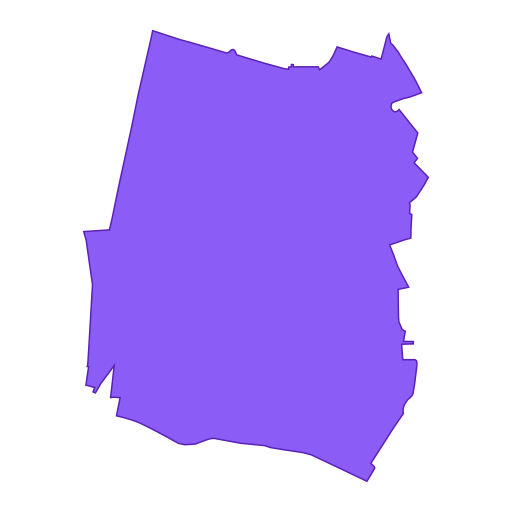 the district of Sayyida Zainab, Al Qahirah, Egypt
{"feature_id": "37247803B41278628102289", "entity_name": "Sayyida Zainab", "entity_type": "district", "adm_level": 2, "iso_a3": "EGY", "parent_name": "Egypt", "parent_adm1": "Al Qahirah", "projection": "equal_earth", "projection_center": [31.246, 30.03], "detail": "fine", "context": "isolated", "style": "filled", "palette": "violet", "viewbox_px": 512, "rotation_deg": 0, "n_neighbors": 0, "source": "geoboundaries", "source_scale": "gbopen_adm2", "svg_char_len": 2349}
<svg xmlns="http://www.w3.org/2000/svg" viewBox="0 0 512 512"><path d="M152.7,30.7L150.8,39.6L147.6,53.5L138.2,94.6L131.7,126.7L118.3,188.2L112.3,217.5L109.4,229.9L84.7,231.5L84.2,231.5L83.7,231.6L86.2,240.2L87.3,248.3L92.5,284.7L88.7,349.5L87.8,363.9L87.2,366.5L87.9,366.6L88.2,366.6L88.6,366.7L85.9,385.2L94.8,387.5L93.9,389.6L93.0,391.9L95.4,392.9L100.7,383.7L114.2,365.5L110.6,397.6L111.9,397.4L113.2,397.2L120.1,397.6L116.5,415.8L125.2,418.0L130.8,419.7L135.6,421.3L141.1,423.6L147.2,426.6L156.3,431.3L157.6,432.0L158.9,432.7L168.2,437.7L178.3,443.3L184.7,444.7L195.2,444.1L207.0,439.7L211.1,438.5L212.6,438.5L214.2,438.4L240.9,443.3L264.7,445.6L267.9,446.7L270.4,447.5L273.1,448.0L282.9,449.6L302.4,452.5L311.2,454.8L311.9,455.1L312.5,455.4L317.5,457.8L332.6,464.9L366.9,481.3L372.8,471.5L374.7,468.3L374.6,467.6L374.5,466.9L370.8,463.4L394.1,427.0L403.4,413.5L403.0,411.1L403.1,410.3L403.2,408.4L404.0,405.8L405.3,403.2L407.2,400.4L408.2,399.2L408.8,398.7L409.8,398.0L411.9,395.8L412.5,394.6L413.1,393.4L414.7,383.3L416.8,366.2L416.9,362.2L416.3,360.6L415.0,359.7L402.8,359.7L401.6,344.3L402.6,344.2L413.3,343.9L413.3,341.5L403.5,341.4L405.3,331.2L403.7,330.4L402.2,329.6L398.9,321.9L398.7,319.3L398.5,316.8L398.1,289.4L408.7,287.2L406.3,282.7L402.0,274.7L397.3,265.5L394.0,255.9L389.7,244.9L404.0,240.0L410.8,238.1L411.1,227.1L411.8,214.5L410.7,214.0L409.6,213.4L410.0,206.4L410.1,205.3L409.8,203.9L409.5,202.5L412.8,200.0L416.5,196.7L424.0,185.2L428.3,177.3L414.1,162.8L417.5,158.3L412.5,152.2L417.8,133.0L399.0,109.5L397.9,110.8L397.5,111.0L396.8,111.5L395.8,111.8L394.2,111.7L393.2,111.0L391.9,109.7L391.3,108.3L391.0,106.8L391.2,105.1L391.7,103.5L393.0,102.4L394.7,101.7L397.3,100.8L403.3,98.6L409.7,97.1L421.6,92.7L417.0,83.4L414.0,77.8L409.5,70.3L406.0,64.3L401.3,57.2L398.2,52.0L393.3,45.6L392.5,44.8L392.2,44.5L390.7,43.1L389.9,39.3L388.8,33.8L388.0,35.0L386.9,36.8L381.1,59.1L371.8,56.0L371.6,56.5L371.4,57.1L351.4,51.4L337.1,46.9L333.2,55.6L328.9,62.4L319.6,69.8L318.9,68.3L318.3,66.8L298.9,66.8L293.5,66.9L293.4,65.9L293.3,64.6L291.5,64.5L291.2,66.3L291.1,67.1L289.7,67.1L288.7,67.1L288.7,67.6L288.6,69.3L286.1,68.9L284.0,68.6L263.3,62.9L236.8,54.9L234.5,50.2L233.0,49.5L231.7,49.7L228.8,52.1L228.0,52.8L227.3,52.9L226.6,53.0L209.6,48.0L195.5,43.9L179.6,39.5L152.7,30.7Z" fill="#8b5cf6" stroke="#5b21b6" stroke-width="1.5"/></svg>